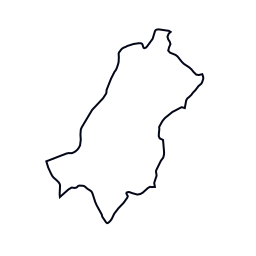 the Province of Paktya, rotated 338°
{"feature_id": "AFG-3413", "entity_name": "Paktya", "entity_type": "Province", "adm_level": 1, "iso_a3": "AFG", "parent_name": "Afghanistan", "parent_adm1": "", "projection": "orthographic", "projection_center": [69.398, 33.616], "detail": "fine", "context": "isolated", "style": "outline", "palette": "ink", "viewbox_px": 256, "rotation_deg": 338, "n_neighbors": 0, "source": "natural_earth", "source_scale": "10m", "svg_char_len": 2212}
<svg xmlns="http://www.w3.org/2000/svg" viewBox="0 0 256 256"><g transform="rotate(338 128 128)"><path d="M203.5,54.9L201.2,55.7L198.8,58.1L198.5,60.9L199.0,63.5L198.8,66.1L196.2,68.7L194.3,71.3L195.2,73.9L199.5,78.1L200.8,80.4L202.7,86.9L204.0,89.7L207.5,94.8L208.8,97.4L209.8,100.7L211.3,104.1L213.5,105.4L217.0,105.9L216.9,108.4L216.6,109.7L215.9,111.0L213.5,113.7L212.5,114.4L208.9,115.6L204.8,118.1L201.4,119.6L199.0,121.1L195.6,122.4L194.5,122.6L193.2,123.5L192.4,124.1L188.1,130.8L185.7,128.9L185.4,128.8L185.1,128.8L175.1,129.8L166.2,132.5L164.0,133.6L161.8,135.0L157.3,138.7L156.6,140.8L154.2,145.4L153.4,147.5L153.6,149.6L156.0,152.2L152.6,163.3L151.8,165.4L150.4,167.6L149.5,168.7L146.2,170.7L138.3,177.8L137.6,178.9L137.2,180.8L136.6,183.0L134.0,186.0L132.1,188.3L131.6,189.1L130.9,192.7L128.0,191.7L127.4,191.4L126.4,190.8L124.0,191.1L117.4,193.5L114.7,193.8L111.7,193.2L107.3,189.8L106.2,188.8L105.8,188.4L105.2,187.9L104.6,187.6L103.6,187.4L102.7,187.3L102.3,187.6L102.0,188.0L102.0,189.1L102.1,189.8L102.2,190.3L102.3,190.8L102.2,191.3L101.0,192.5L96.0,195.7L88.9,198.9L83.0,202.4L79.0,206.1L77.0,207.4L74.8,208.3L73.9,208.5L73.4,208.5L73.0,208.4L72.3,207.2L71.5,203.3L71.0,201.3L71.0,199.9L71.2,199.0L71.2,198.1L70.0,187.9L69.9,184.4L70.5,176.1L70.5,174.3L70.3,173.2L69.8,172.2L67.5,169.0L66.0,166.0L65.4,165.3L64.6,164.7L61.4,163.2L60.6,163.1L59.8,163.2L58.7,163.7L57.6,163.9L56.1,163.6L53.4,162.1L49.7,162.7L39.0,166.5L39.9,163.6L43.5,155.8L43.7,154.3L43.4,152.5L42.1,149.4L40.4,146.1L39.8,144.0L39.5,140.8L39.2,134.7L39.8,128.3L61.3,128.6L63.5,129.0L66.5,130.3L68.2,130.3L70.5,130.0L72.5,129.3L74.1,128.5L75.1,127.8L77.0,126.2L79.8,121.2L81.4,116.4L83.7,111.7L85.5,109.9L87.5,108.4L101.5,97.8L116.0,91.1L120.6,87.9L121.4,86.8L122.4,84.7L130.2,76.5L131.0,75.7L136.6,70.8L138.3,69.8L140.0,68.3L142.4,65.5L143.9,63.5L146.0,59.0L147.2,55.5L148.1,54.5L151.3,52.6L152.6,52.1L154.0,51.9L156.4,51.9L158.2,51.7L164.7,52.2L169.6,53.4L170.9,53.9L172.0,54.5L172.5,55.1L172.7,56.0L172.6,57.0L172.5,58.3L172.5,59.5L173.0,60.1L174.7,60.2L176.3,59.5L184.3,54.5L189.3,48.3L190.2,47.7L191.0,47.5L191.8,47.6L192.6,47.8L193.7,48.2L202.4,53.3L203.5,54.9Z" fill="none" stroke="#020617" stroke-width="2"/></g></svg>